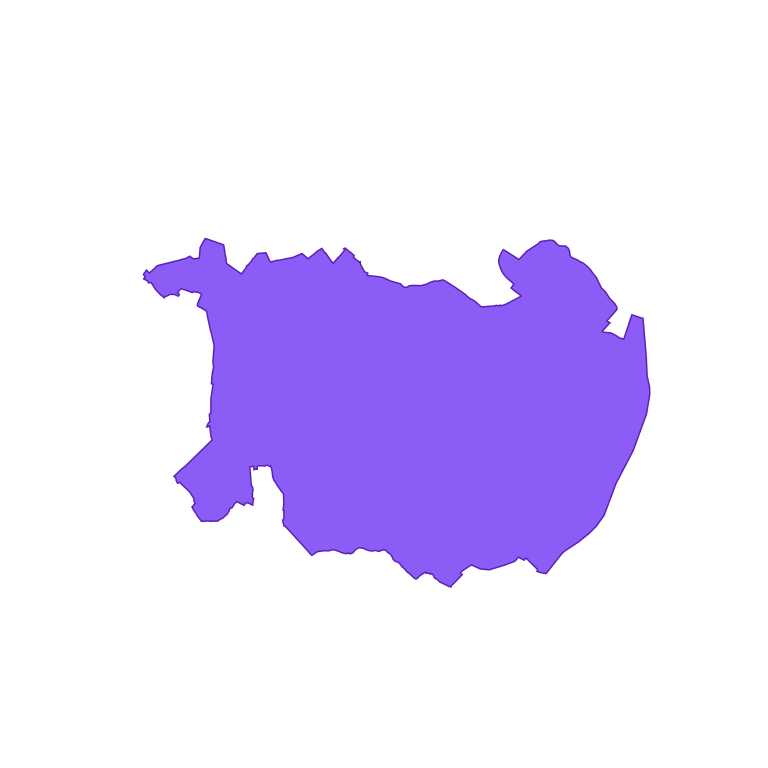 the district of Aliman, Constanta, Romania, rotated 132°
{"feature_id": "2599482B71126522138451", "entity_name": "Aliman", "entity_type": "district", "adm_level": 2, "iso_a3": "ROU", "parent_name": "Romania", "parent_adm1": "Constanta", "projection": "albers", "projection_center": [27.854, 44.172], "detail": "fine", "context": "isolated", "style": "filled", "palette": "violet", "viewbox_px": 768, "rotation_deg": 132, "n_neighbors": 0, "source": "geoboundaries", "source_scale": "gbopen_adm2", "svg_char_len": 6159}
<svg xmlns="http://www.w3.org/2000/svg" viewBox="0 0 768 768"><g transform="rotate(132 384 384)"><path d="M161.8,235.6L162.6,236.6L166.7,246.1L174.2,242.9L175.3,242.3L190.1,235.9L192.1,239.5L192.7,243.6L193.2,245.4L193.5,247.2L194.2,249.3L194.8,250.4L198.6,255.5L198.9,256.0L198.9,256.4L198.9,257.1L187.2,257.1L188.3,260.6L173.8,260.7L172.8,260.8L171.3,262.1L170.8,263.3L169.8,266.7L169.4,273.4L167.3,281.5L167.2,283.1L167.2,286.4L164.8,292.6L162.9,296.9L162.4,299.2L162.1,302.2L160.9,307.0L160.6,311.2L160.8,315.9L161.1,317.9L162.0,320.6L162.2,322.8L164.2,328.5L164.4,329.3L164.4,330.0L164.1,331.3L163.4,332.4L160.8,335.5L159.9,337.9L159.8,339.1L160.3,341.5L160.2,341.5L163.9,346.1L164.4,348.1L163.9,352.0L164.1,354.2L165.1,355.8L167.1,358.0L169.2,359.3L170.5,360.3L171.0,360.9L170.8,360.9L172.1,362.1L174.0,363.2L174.9,363.3L176.5,363.2L189.9,366.8L201.2,366.9L204.2,385.1L205.4,385.2L206.7,384.9L210.7,383.8L213.2,382.8L215.6,381.3L216.9,380.0L217.8,378.8L220.2,374.5L221.6,371.1L222.2,369.1L222.7,366.5L223.0,363.6L222.8,358.0L222.9,355.4L223.0,354.3L227.6,353.8L227.3,346.4L226.9,345.5L226.9,340.8L242.4,346.5L247.6,349.2L247.4,350.2L248.0,350.4L248.9,351.1L250.6,353.3L251.6,353.8L252.4,354.5L261.3,362.9L261.7,365.3L261.7,367.3L261.6,368.0L261.6,370.7L261.9,373.1L262.1,374.3L262.9,376.9L263.2,381.2L263.0,383.4L263.2,384.8L264.6,396.1L266.4,406.7L266.8,408.6L267.3,410.0L271.3,412.7L271.9,413.3L273.6,415.3L274.2,415.8L277.1,417.4L282.3,419.7L283.4,420.6L285.6,421.9L287.6,424.0L291.7,428.8L293.4,430.4L294.7,431.2L295.3,431.3L295.9,431.2L298.6,433.5L298.7,436.1L298.5,438.2L298.4,438.5L303.2,448.3L304.7,453.7L306.1,456.9L308.1,460.1L314.6,469.2L312.5,470.2L313.6,473.5L310.8,481.6L310.0,482.6L309.3,483.0L309.0,483.5L310.2,484.6L309.9,485.1L310.3,488.6L310.2,489.0L310.2,491.5L308.5,492.2L308.6,497.7L308.9,499.1L308.9,503.8L310.6,504.4L310.8,502.8L317.6,502.5L324.3,502.7L328.2,502.4L328.1,503.9L327.9,505.6L327.1,509.1L325.8,514.5L325.7,515.2L326.2,515.4L324.8,520.9L330.0,522.5L332.6,522.7L341.7,524.3L341.9,532.0L342.3,532.4L351.0,536.5L352.3,537.3L356.2,540.4L361.3,544.0L364.5,546.9L365.7,547.5L369.1,549.9L369.3,550.2L369.0,551.4L365.7,558.9L365.6,559.6L367.1,561.1L371.9,565.5L377.2,565.0L378.9,565.4L381.0,564.8L384.8,564.6L386.9,564.7L387.7,565.2L388.0,565.2L389.9,564.2L397.6,563.6L398.8,572.8L399.5,579.7L399.8,579.9L399.7,581.4L399.4,582.2L396.1,585.8L392.8,590.4L392.2,590.8L387.9,596.3L395.0,613.3L395.4,614.0L395.8,614.2L405.5,612.0L414.0,605.5L417.6,608.5L418.2,609.2L418.6,610.1L418.8,611.3L418.9,613.3L419.1,613.9L422.4,615.0L424.1,615.8L426.6,617.6L428.3,618.5L447.5,631.5L448.0,631.7L452.0,631.9L458.3,632.6L458.6,632.9L458.5,634.2L458.2,636.2L458.3,636.7L458.7,636.9L460.3,636.4L462.2,636.4L463.7,635.9L464.0,633.0L466.6,633.0L466.7,632.5L465.8,629.6L465.8,628.9L466.2,626.9L466.3,626.4L465.4,625.8L464.8,625.7L464.6,625.4L464.5,624.6L466.5,617.5L466.8,615.4L467.2,610.0L467.0,606.5L467.1,605.0L465.2,605.0L464.5,604.8L463.8,604.1L460.9,603.2L459.7,602.1L457.5,599.3L456.6,596.3L456.2,595.6L455.7,595.6L454.6,595.9L454.2,596.7L454.1,598.5L450.7,598.7L449.0,598.5L447.7,596.0L445.3,590.3L444.4,587.8L444.2,587.6L443.0,587.6L440.7,584.1L439.6,581.8L439.5,580.3L439.7,579.6L440.4,579.2L446.3,577.3L449.8,575.9L450.8,574.7L449.4,569.4L448.9,566.0L448.7,565.9L448.6,564.7L449.9,562.7L451.5,560.9L459.7,549.6L462.0,545.9L469.4,535.5L469.5,535.6L482.0,526.0L485.5,521.9L489.3,519.8L493.9,516.6L499.3,512.4L498.5,510.8L510.5,503.0L521.2,493.4L521.6,493.2L522.6,493.5L523.4,493.5L528.3,488.4L530.9,488.3L533.2,487.7L534.5,487.1L534.1,486.5L532.6,485.7L531.8,485.8L531.7,485.5L538.7,477.5L540.6,474.3L578.4,476.7L582.9,477.5L593.1,478.3L593.2,475.8L593.8,474.9L594.7,474.0L595.8,471.4L595.6,470.8L595.3,470.5L593.7,469.9L594.0,465.7L594.1,459.0L594.4,455.2L594.8,454.4L595.1,453.3L596.0,449.6L596.3,448.5L598.1,447.0L598.9,444.7L602.3,444.3L603.9,444.4L604.9,441.5L605.5,439.4L605.7,438.0L607.0,434.2L607.3,432.3L608.2,427.7L603.4,423.0L602.5,421.4L602.1,420.9L601.0,420.1L597.1,415.8L593.3,415.1L592.6,414.3L585.6,413.4L582.5,414.1L579.5,415.2L577.7,414.1L572.5,415.0L569.8,414.3L567.8,406.8L566.0,407.1L565.0,407.0L564.3,406.6L563.7,405.9L563.0,404.8L562.3,401.5L561.8,400.5L557.9,403.5L556.9,403.7L556.5,404.0L556.3,404.4L556.3,405.9L556.1,406.2L551.4,410.1L550.5,410.2L550.4,410.6L548.8,412.3L547.9,415.0L546.5,416.6L540.9,422.3L537.5,426.1L535.5,428.0L535.1,428.0L534.3,427.5L532.3,425.6L534.7,423.2L533.4,422.6L532.2,421.1L530.2,423.1L529.2,422.9L525.4,418.8L525.2,418.0L522.7,416.7L522.0,415.3L521.8,414.0L521.4,413.3L520.8,413.3L522.3,410.7L524.1,408.3L526.2,406.1L528.5,402.8L529.3,401.1L529.5,399.6L531.4,393.1L531.6,391.6L532.2,389.7L533.0,385.0L540.0,378.4L545.2,374.6L544.7,374.1L550.8,368.4L553.0,368.2L556.5,363.4L555.9,362.7L556.1,358.9L559.1,328.4L559.5,325.8L559.7,323.2L559.1,322.8L557.9,322.5L553.1,321.3L551.0,319.4L548.1,317.3L547.9,316.7L546.6,315.4L545.0,313.4L541.8,311.5L540.2,309.4L539.3,307.0L538.7,306.2L537.8,302.9L536.2,299.7L535.5,298.8L532.9,296.6L533.2,296.3L532.6,295.4L531.8,294.8L530.0,294.2L526.7,294.3L524.9,294.0L523.2,293.4L522.6,293.0L521.4,291.7L519.7,289.0L519.3,287.1L518.0,283.9L515.8,280.7L513.0,278.6L512.3,276.4L511.8,275.8L509.8,274.8L507.3,273.2L506.7,271.8L506.4,270.6L506.5,269.4L506.7,268.9L506.2,265.2L507.2,261.9L508.3,259.6L508.3,258.0L508.1,256.8L507.0,254.1L506.9,253.2L507.1,251.2L507.7,248.8L507.7,244.0L508.0,242.9L508.2,240.6L507.9,238.6L508.0,231.0L507.8,230.3L507.2,229.6L506.6,229.2L503.1,229.2L497.2,227.7L495.6,226.7L496.4,226.0L495.6,225.5L495.3,225.1L494.2,222.3L493.6,222.6L492.8,220.4L494.4,216.4L493.9,215.2L493.6,213.3L493.8,210.0L491.0,200.3L490.0,198.4L489.3,198.8L487.9,199.1L485.8,198.7L473.2,198.3L473.4,200.5L472.1,200.9L471.4,201.0L460.0,198.1L457.0,188.7L451.7,181.5L438.1,173.3L428.4,168.3L427.6,168.1L422.8,168.3L421.2,162.0L418.3,161.9L419.1,146.3L419.4,145.7L420.0,145.2L420.9,144.9L420.3,143.9L419.9,142.4L416.5,136.7L391.4,138.3L388.0,138.1L371.1,133.8L357.7,131.6L347.6,131.1L334.5,132.5L302.8,145.0L267.0,154.2L230.9,168.7L213.5,179.8L208.3,184.9L202.1,193.7L188.4,207.2L161.8,235.6Z" fill="#8b5cf6" stroke="#5b21b6" stroke-width="1.5"/></g></svg>